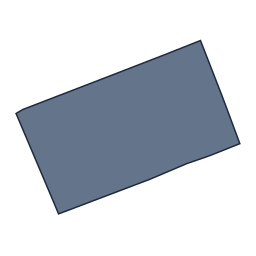 Seneca, Ohio, United States of America (Natural Earth projection), rotated 159°
{"feature_id": "52423323B66347180618520", "entity_name": "Seneca", "entity_type": "district", "adm_level": 2, "iso_a3": "USA", "parent_name": "United States of America", "parent_adm1": "Ohio", "projection": "natural_earth1", "projection_center": [-83.185, 41.124], "detail": "fine", "context": "isolated", "style": "filled", "palette": "slate", "viewbox_px": 256, "rotation_deg": 159, "n_neighbors": 0, "source": "geoboundaries", "source_scale": "gbopen_adm2", "svg_char_len": 325}
<svg xmlns="http://www.w3.org/2000/svg" viewBox="0 0 256 256"><g transform="rotate(159 128 128)"><path d="M28.8,110.0L28.7,125.4L29.0,183.7L67.7,183.3L132.2,183.1L219.3,183.0L227.3,181.7L224.1,88.9L223.6,72.7L125.8,72.3L86.3,73.7L61.6,72.9L29.2,73.3L28.8,110.0Z" fill="#64748b" stroke="#1e293b" stroke-width="1.5"/></g></svg>